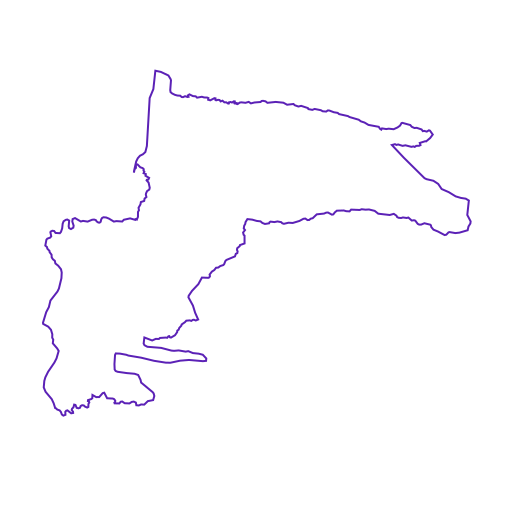 the district of Popokabaka, Bandundu, Democratic Republic of the Congo, rotated 95°
{"feature_id": "63176286B47421332346835", "entity_name": "Popokabaka", "entity_type": "district", "adm_level": 2, "iso_a3": "COD", "parent_name": "Democratic Republic of the Congo", "parent_adm1": "Bandundu", "projection": "albers", "projection_center": [16.639, -5.513], "detail": "fine", "context": "isolated", "style": "outline", "palette": "violet", "viewbox_px": 512, "rotation_deg": 95, "n_neighbors": 0, "source": "geoboundaries", "source_scale": "gbopen_adm2", "svg_char_len": 6120}
<svg xmlns="http://www.w3.org/2000/svg" viewBox="0 0 512 512"><g transform="rotate(95 256 256)"><path d="M415.1,384.0L414.8,379.3L413.0,378.1L412.6,376.6L414.1,374.0L413.9,369.2L412.2,367.1L411.7,365.1L412.5,362.9L415.1,362.2L415.1,359.7L413.9,357.5L413.8,354.4L410.0,351.1L408.5,345.9L404.3,345.1L401.8,346.0L400.7,347.0L392.1,359.4L389.5,360.2L384.8,363.0L383.9,366.7L383.9,374.6L383.4,383.8L382.8,385.8L381.4,386.9L376.0,387.6L366.9,387.8L365.3,387.2L365.1,383.0L365.7,376.6L366.3,374.5L367.3,361.6L369.3,348.4L370.1,336.7L369.8,332.0L366.9,322.5L365.4,313.7L365.4,299.7L364.8,296.6L362.4,296.6L359.0,300.4L358.3,304.6L358.2,310.4L356.7,315.2L357.4,317.7L356.8,324.8L357.6,329.3L357.6,332.0L355.8,342.5L355.9,356.3L354.6,359.3L353.0,360.3L346.9,360.1L349.2,352.1L347.3,348.6L347.1,345.5L346.0,344.5L345.1,338.7L345.2,337.3L343.6,336.2L343.4,335.4L344.5,334.7L344.7,333.6L342.0,329.8L338.7,327.9L337.2,327.9L336.1,326.6L334.4,326.2L331.9,324.3L330.7,324.1L328.1,321.0L326.5,319.8L325.9,316.3L326.3,314.8L325.2,313.5L324.9,312.3L325.5,310.4L324.3,308.1L317.8,311.7L310.9,314.5L303.1,319.7L301.5,319.6L296.3,316.7L289.1,311.0L282.2,308.0L281.9,301.6L281.4,300.7L280.1,300.1L278.5,300.6L275.4,298.6L273.6,296.3L271.2,294.8L270.8,292.6L269.1,290.7L267.9,287.8L266.9,287.0L263.7,286.1L262.5,285.1L258.2,276.9L255.6,276.3L254.8,274.9L253.0,274.7L251.6,275.5L249.9,275.4L247.6,273.1L246.5,272.9L244.5,268.5L236.7,269.2L235.9,270.2L233.7,270.9L231.1,269.2L229.6,270.6L226.9,270.4L224.9,269.5L223.2,269.4L220.0,267.8L220.1,262.9L221.0,258.3L221.1,254.5L222.5,252.6L223.3,249.9L222.3,245.8L221.3,245.5L220.5,244.6L220.6,240.6L219.7,237.6L220.1,233.8L221.1,232.7L221.5,231.0L220.0,226.5L219.9,222.3L217.3,215.8L214.8,212.0L214.4,210.1L215.7,207.9L215.5,206.2L214.1,204.8L213.4,202.8L209.2,199.1L207.8,191.9L206.7,189.9L206.4,188.1L208.2,184.0L207.8,182.6L205.7,181.3L203.8,179.4L203.0,172.5L203.5,170.1L203.4,166.7L201.5,165.3L201.1,156.7L200.2,154.8L200.3,150.9L199.8,147.5L200.7,141.7L203.2,137.9L203.5,126.4L202.0,122.4L203.6,119.6L204.9,118.8L205.5,117.3L205.5,114.7L204.8,113.0L205.0,109.2L204.4,107.6L207.1,103.9L206.6,101.7L206.9,100.4L209.9,97.7L210.5,96.2L210.3,94.2L208.7,91.1L209.6,85.2L210.2,84.4L211.9,83.9L214.3,81.5L215.7,77.0L218.7,69.9L218.2,68.3L215.7,66.3L215.3,65.3L215.8,59.4L215.0,55.4L211.9,47.4L208.1,46.9L205.0,45.3L202.8,45.2L196.7,49.1L182.2,48.8L180.6,52.1L180.3,56.9L179.2,62.3L175.6,69.5L173.1,76.9L168.3,80.8L165.6,85.8L164.6,92.8L163.8,94.9L145.3,117.2L133.6,130.3L132.5,127.3L133.1,125.8L132.5,124.1L133.5,119.6L132.7,116.8L133.7,110.7L133.1,108.7L133.5,107.4L132.3,106.0L132.0,103.2L131.2,101.8L129.1,102.7L126.9,97.4L127.0,96.5L123.3,92.8L119.6,90.5L116.0,93.6L115.7,94.7L117.2,96.7L116.7,99.4L117.1,100.7L115.5,102.1L114.3,107.1L114.7,109.3L113.7,112.1L112.1,113.7L110.6,121.8L110.9,122.6L113.6,123.9L115.6,126.2L117.7,129.9L117.6,134.9L118.2,137.3L117.9,141.6L119.2,142.2L118.5,143.5L116.6,145.0L115.6,155.4L113.6,159.5L112.7,163.3L111.3,165.5L109.4,175.0L108.6,176.6L107.4,185.6L106.3,187.1L106.0,191.0L104.7,195.6L104.7,197.1L106.0,198.7L106.0,202.2L105.1,204.1L104.4,210.4L105.5,212.6L105.1,216.6L104.1,217.2L102.5,224.1L103.4,226.8L102.4,230.6L101.3,231.9L102.6,238.2L100.9,242.1L100.8,249.8L102.4,258.0L101.1,260.0L100.8,262.5L101.1,263.9L102.2,264.9L103.2,270.9L104.4,274.4L103.1,276.7L104.3,279.8L104.2,284.0L104.6,285.6L106.3,287.6L106.3,288.1L105.4,288.3L105.3,289.1L106.0,290.1L105.8,290.8L103.9,290.6L103.8,291.5L105.2,293.3L104.8,294.8L105.3,296.3L106.4,296.3L106.6,297.0L105.5,299.0L105.7,300.9L104.2,302.9L105.1,304.7L103.8,305.9L103.7,307.4L104.4,309.3L104.0,310.1L102.5,310.1L102.4,311.2L104.9,315.1L104.5,317.3L102.8,317.2L102.4,318.6L102.6,321.4L102.1,323.8L103.4,328.5L102.2,330.0L102.2,332.8L100.8,336.4L101.9,337.8L103.3,337.1L103.6,338.1L103.0,340.6L104.1,342.5L104.1,343.9L102.9,345.5L103.0,348.3L102.5,350.9L101.4,353.7L100.2,355.4L98.2,355.9L88.4,356.0L87.2,356.5L83.8,359.0L80.9,366.8L80.2,372.4L98.7,372.8L107.9,375.7L156.0,374.3L162.1,375.3L164.5,377.5L166.2,380.3L168.9,382.3L172.3,383.6L181.9,384.9L183.6,384.9L180.2,384.5L178.7,383.3L175.8,383.6L175.3,383.2L175.1,382.0L177.7,379.0L178.3,376.6L179.3,375.4L180.7,375.5L181.6,374.6L183.3,375.2L184.0,372.9L185.7,373.1L187.5,369.3L189.2,369.9L189.6,371.4L190.2,371.6L192.2,369.4L197.3,367.8L199.1,368.1L200.9,370.2L203.2,371.0L204.5,371.1L206.8,370.3L208.5,372.0L210.9,372.2L212.3,375.4L214.6,375.6L218.2,377.2L220.6,376.6L222.4,377.4L227.3,377.0L230.1,377.9L229.6,378.8L229.9,379.5L230.5,379.6L229.5,384.7L231.4,390.8L233.3,392.3L233.4,398.1L234.1,400.6L231.6,405.7L230.7,408.6L230.7,411.3L231.5,412.6L233.0,413.4L235.4,413.7L236.4,414.7L236.4,416.0L235.4,417.8L234.2,418.7L233.8,420.5L234.2,422.5L236.4,426.7L236.1,431.4L236.9,433.5L234.0,439.6L235.2,441.9L237.7,442.0L241.7,440.3L243.7,440.5L245.3,442.7L244.5,444.6L242.8,445.2L237.0,445.2L236.1,447.2L236.6,448.7L238.2,450.7L240.7,451.4L245.4,451.5L249.0,452.4L250.4,453.4L250.5,457.7L248.7,459.3L248.6,461.1L249.6,462.7L250.3,462.9L254.2,461.7L255.6,462.6L256.9,465.4L258.0,466.2L264.0,466.8L265.3,465.0L266.9,464.5L268.9,462.2L270.2,461.9L272.5,459.8L275.2,459.4L277.0,458.0L278.3,456.0L280.9,455.2L282.9,452.2L286.2,449.1L289.4,448.1L295.1,447.9L305.6,449.5L308.7,450.7L318.3,456.9L325.0,457.9L330.2,460.1L341.1,462.4L342.2,462.1L344.5,456.8L347.4,453.8L351.7,452.1L355.1,451.9L357.0,450.7L360.7,450.8L365.4,446.0L367.8,444.3L375.4,445.8L379.8,447.6L389.4,453.0L395.3,455.3L398.9,456.0L405.4,456.0L409.6,453.8L416.4,447.0L420.4,444.7L425.0,442.8L425.1,442.1L426.3,440.6L426.9,438.2L428.3,436.8L430.8,435.6L431.8,434.0L430.8,432.0L427.9,432.4L426.7,431.6L426.2,430.4L428.8,426.4L428.3,424.5L427.1,424.7L425.4,426.2L424.1,425.9L422.7,424.7L419.9,424.2L420.1,422.9L422.9,421.4L423.2,419.6L422.5,418.1L420.7,417.6L419.8,416.2L419.9,414.5L420.9,413.3L421.7,411.0L421.0,409.9L418.0,410.0L416.4,409.3L415.4,409.8L415.2,410.8L414.2,410.8L412.9,407.7L412.0,406.7L408.7,406.8L410.5,402.9L410.2,399.9L406.0,396.8L405.4,395.3L410.7,391.9L410.5,386.2L411.0,384.8L412.4,383.6L413.7,383.6L414.4,384.3L415.1,384.0Z" fill="none" stroke="#5b21b6" stroke-width="2"/></g></svg>